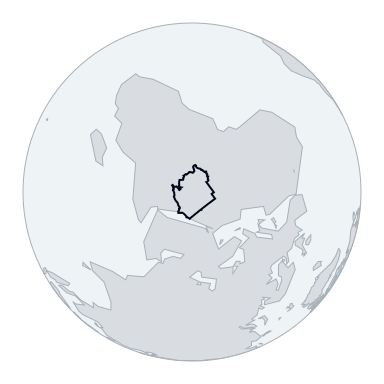 the Earth from above Sudan, rotated 142°
{"feature_id": "SDN", "entity_name": "Sudan", "entity_type": "country or territory", "adm_level": 0, "iso_a3": "SDN", "parent_name": "Africa", "parent_adm1": "", "projection": "orthographic", "projection_center": [30.131, 15.434], "detail": "fine", "context": "on_globe", "style": "outline", "palette": "ink", "viewbox_px": 384, "rotation_deg": 142, "n_neighbors": 0, "source": "natural_earth", "source_scale": "50m", "svg_char_len": 12882}
<svg xmlns="http://www.w3.org/2000/svg" viewBox="0 0 384 384"><g transform="rotate(142 192 192)"><circle cx="192" cy="192" r="169" fill="#eef3f6" stroke="#a8b0b8"/><path d="M145.1,29.7L143.9,30.0L143.2,30.3L139.4,31.5L142.2,30.8L145.8,29.7L148.2,29.2L148.2,29.4L143.3,30.8L142.6,30.9L141.1,31.4L138.7,32.1L139.8,31.9L133.9,33.8L139.6,32.4L134.7,34.3L130.9,35.5L131.5,34.8L126.3,36.4L145.1,29.7ZM104.2,47.6L102.7,48.6L100.1,50.2L104.2,47.6ZM93.0,55.0L92.6,55.4L94.7,53.9L100.2,50.3L102.7,49.0L109.1,45.2L111.1,44.4L117.5,41.2L116.1,42.6L111.4,45.8L106.0,48.7L103.8,50.4L108.7,48.6L98.4,55.6L91.2,63.4L88.6,65.4L83.9,66.7L84.6,63.5L78.6,67.2L82.1,66.0L75.5,71.9L74.3,73.6L74.4,74.2L76.8,72.5L74.5,75.0L70.1,76.7L72.1,74.4L73.5,73.7L73.8,72.5L70.8,74.6L67.7,77.9L66.8,78.5L79.3,66.1L93.0,55.0ZM26.2,159.5L26.1,160.2L25.7,161.9L24.1,177.2L25.4,186.7L25.6,194.8L25.2,198.5L26.3,201.4L26.3,204.3L33.3,215.4L39.1,226.2L40.4,236.1L38.5,244.6L43.7,266.4L42.2,269.2L46.5,277.7L48.5,281.3L42.3,270.2L36.8,258.8L32.2,247.0L28.6,234.8L25.8,222.5L24.0,209.9L23.1,197.3L23.2,184.6L24.2,172.0L26.2,159.5ZM117.7,40.8L117.6,41.0L116.5,41.5L117.7,40.8ZM120.7,39.3L119.5,39.7L120.7,39.1L121.4,38.9L120.7,39.3ZM121.8,39.1L123.0,38.0L125.1,37.0L129.6,35.4L121.8,39.1ZM147.0,29.3L143.1,30.5L146.4,29.4L147.0,29.3ZM164.8,25.3L164.4,25.4L160.2,26.2L156.6,26.8L159.2,26.5L148.5,28.8L151.7,27.9L164.8,25.3ZM149.5,28.9L150.3,28.5L155.3,27.4L154.5,28.0L153.1,28.1L149.5,28.9ZM171.0,24.3L172.7,24.2L164.9,25.3L165.9,25.1L171.0,24.3ZM152.0,28.5L154.0,28.4L151.6,29.2L149.0,29.2L152.0,28.5ZM156.9,26.9L159.2,26.5L157.7,26.9L156.9,26.9ZM144.1,32.7L145.0,31.9L147.7,31.2L144.1,32.7ZM154.9,28.3L155.7,28.0L156.9,27.7L157.7,27.8L154.9,28.3ZM165.8,25.3L165.3,25.5L169.1,24.8L169.6,25.0L164.3,25.8L166.9,25.5L167.0,25.6L162.5,26.2L165.8,25.3ZM162.0,27.2L155.4,28.8L153.1,30.1L150.7,30.7L154.8,28.5L162.0,27.2ZM162.7,26.5L161.7,27.0L159.1,27.4L158.2,27.2L162.7,26.5ZM172.0,24.9L172.4,24.4L173.6,24.3L172.0,24.9ZM161.8,27.5L163.4,27.1L162.0,27.5L161.8,27.5ZM169.4,25.5L169.4,25.3L170.7,25.2L169.4,25.5ZM166.6,26.8L164.4,27.2L163.8,27.0L166.6,26.8ZM168.3,26.1L170.1,26.0L164.8,26.7L168.1,26.0L168.3,26.1ZM170.6,25.4L171.4,25.3L170.4,25.6L170.6,25.4ZM170.4,27.3L163.9,28.3L162.4,27.8L168.9,26.9L170.4,27.3ZM268.5,41.4L272.6,43.6L286.2,52.3L285.0,51.0L288.0,53.0L306.1,67.4L320.8,83.4L325.5,88.6L328.6,92.7L330.6,95.9L326.2,90.0L324.5,88.7L321.7,85.2L323.5,89.2L319.6,84.4L322.8,90.3L326.1,93.7L326.0,91.6L330.5,99.4L335.7,105.3L340.8,113.9L347.4,132.0L347.2,139.4L348.2,142.5L345.8,140.1L346.1,147.4L353.4,162.4L354.5,167.4L353.4,179.1L352.7,175.5L346.4,169.2L347.8,181.7L352.7,189.5L354.5,200.6L351.8,198.6L349.7,189.0L347.4,186.4L346.2,175.7L340.8,161.4L338.0,165.9L336.5,159.7L328.6,148.9L323.6,155.2L316.8,175.1L318.8,191.3L315.2,199.6L303.6,178.5L298.3,163.6L294.2,166.0L282.2,154.8L261.7,157.3L258.8,153.5L254.9,156.0L246.5,152.9L241.9,146.7L236.8,147.7L249.0,163.9L254.4,163.0L258.9,155.7L261.3,161.8L269.4,166.3L260.6,182.6L230.1,199.1L227.1,187.0L203.7,154.9L204.4,151.2L204.3,150.8L204.0,150.1L201.9,156.2L197.9,149.9L210.4,172.4L212.5,182.3L229.6,199.8L228.0,201.8L233.6,205.3L251.2,199.1L251.3,203.2L243.0,222.8L218.6,249.5L221.8,265.9L220.1,279.7L204.9,289.3L206.3,299.4L198.5,303.2L198.1,308.8L191.8,314.7L181.4,320.1L163.5,319.8L162.3,314.9L153.3,304.9L140.7,279.6L145.1,268.1L143.4,258.8L130.5,237.0L133.4,225.4L129.9,220.1L122.8,220.8L118.9,214.4L114.6,213.9L88.0,214.9L80.1,205.8L71.0,179.8L75.9,170.9L77.1,159.7L111.3,126.3L118.2,129.3L144.7,126.6L147.9,128.2L144.5,136.6L164.0,148.0L170.8,141.0L188.9,147.0L201.2,146.7L206.2,130.7L186.1,130.8L183.0,123.1L199.4,116.3L217.0,117.0L216.4,114.1L205.6,107.8L209.9,102.5L201.8,105.3L204.9,108.2L199.9,110.2L196.8,107.8L198.5,105.8L193.3,104.6L186.7,114.9L189.1,118.9L175.2,120.8L177.8,127.9L173.9,131.2L168.0,120.5L168.8,116.6L157.5,105.4L155.4,109.5L165.9,120.6L162.5,119.7L159.7,126.1L159.1,120.5L148.2,108.1L135.9,110.0L119.6,125.2L112.6,126.0L106.9,122.2L113.4,106.2L128.5,106.4L131.0,101.5L128.5,94.1L133.3,95.0L134.1,92.3L139.8,92.3L148.4,86.2L154.4,85.8L158.2,77.9L161.8,76.9L158.5,81.7L159.4,85.2L174.1,85.3L177.1,83.6L178.5,78.7L182.4,79.7L181.8,75.0L190.5,73.4L179.3,71.7L180.6,66.7L186.1,63.1L184.5,61.4L175.5,67.3L173.8,70.1L175.4,72.8L168.8,81.1L163.6,82.4L163.0,73.2L155.5,74.3L158.3,67.4L180.9,54.4L190.1,52.3L204.3,58.5L201.9,61.3L195.6,60.3L200.9,65.5L200.7,63.0L203.9,64.1L206.0,60.2L208.4,60.8L206.2,56.4L209.4,56.7L210.7,59.6L216.4,55.0L223.1,55.1L223.2,53.9L221.5,52.5L231.1,54.0L230.8,53.1L227.5,52.1L224.7,49.7L223.6,46.3L227.0,47.0L227.8,48.3L234.8,52.6L236.7,56.4L237.9,56.5L237.2,53.3L228.6,48.1L227.0,45.9L231.4,47.9L229.7,47.0L229.9,46.1L233.3,46.1L228.6,43.8L226.6,35.5L233.1,35.2L237.3,37.6L239.5,34.3L246.6,35.3L243.5,34.3L242.5,32.7L240.3,32.3L238.7,31.8L235.1,28.9L236.9,29.2L233.9,28.3L245.8,31.8L257.3,36.2L268.5,41.4ZM99.3,144.1L98.2,147.4L99.3,144.1ZM235.7,126.3L246.3,126.3L241.5,116.8L245.1,116.1L242.2,113.3L241.1,116.1L233.8,108.5L238.3,105.5L237.0,101.5L233.4,101.4L226.3,108.3L236.7,118.9L234.3,123.1L235.7,126.3ZM26.1,160.2L25.7,162.6L25.8,161.9L26.1,160.2ZM75.8,71.8L76.1,71.7L75.7,72.8L74.7,73.3L75.8,71.8ZM80.7,73.1L76.8,77.2L78.9,74.4L76.9,75.5L78.7,71.4L87.4,66.3L83.1,69.1L80.7,73.1ZM83.6,65.1L81.4,67.9L83.5,65.1L83.6,65.1ZM132.9,78.7L134.7,80.5L132.2,83.4L124.7,85.2L128.2,80.8L132.9,78.7ZM137.8,82.4L139.2,73.5L143.9,72.5L141.0,74.5L144.0,74.7L140.2,78.1L143.3,86.3L141.3,89.6L128.5,90.3L133.8,88.0L131.7,86.2L137.8,82.4ZM134.5,57.1L135.2,54.5L144.6,55.5L142.9,57.9L135.3,59.5L132.8,57.6L134.5,57.1ZM129.5,37.0L129.2,36.8L130.5,36.3L131.9,36.1L129.5,37.0ZM144.3,32.3L132.4,37.8L131.4,37.7L125.6,41.6L120.8,43.1L124.7,40.3L116.6,44.7L118.2,42.9L113.0,46.0L122.2,39.8L123.3,38.7L123.9,39.3L128.4,37.9L130.6,37.0L137.8,33.8L142.4,31.3L147.5,30.0L149.9,29.7L149.6,30.1L146.4,30.7L148.3,30.8L143.4,32.1L144.3,32.3ZM175.4,34.0L171.7,33.5L174.8,36.0L169.9,36.4L170.5,36.7L166.8,37.9L163.5,40.0L161.3,40.0L160.9,40.9L158.5,41.8L157.2,43.1L152.9,43.6L151.0,45.3L150.0,44.7L148.0,47.5L147.6,45.7L144.3,47.1L146.5,48.1L126.1,50.3L117.9,53.3L111.2,57.2L111.4,54.2L117.7,48.9L126.8,43.7L134.7,41.4L133.4,40.8L136.8,39.6L136.4,40.6L139.0,38.4L141.6,37.8L149.8,34.6L151.8,32.3L154.8,31.3L155.3,31.9L158.0,30.5L161.1,31.1L163.3,30.5L168.6,30.7L168.4,32.6L170.9,31.8L175.0,32.2L175.4,34.0ZM171.7,27.4L172.6,29.1L170.3,30.3L162.1,29.5L159.6,30.0L154.2,30.1L157.6,28.5L158.9,28.5L160.8,28.3L159.0,28.9L162.0,28.2L163.7,28.4L166.5,28.0L166.0,28.6L171.7,27.4ZM151.9,125.2L154.4,125.6L158.5,125.4L156.8,129.7L151.9,125.2ZM144.3,116.8L146.6,116.3L146.2,121.8L143.6,121.5L144.3,116.8ZM148.2,111.7L146.8,115.9L146.0,113.4L148.2,111.7ZM160.7,81.2L163.3,80.7L163.4,81.8L161.8,83.6L160.7,81.2ZM183.3,43.4L181.6,42.5L182.4,42.1L181.8,39.4L185.4,39.1L187.2,40.7L183.3,43.4ZM202.6,133.4L198.9,136.6L197.1,135.1L198.8,134.3L202.6,133.4ZM176.6,133.2L182.4,135.3L176.1,134.4L176.6,133.2ZM187.1,42.7L186.4,41.6L188.7,42.2L187.1,42.7ZM188.0,38.9L190.6,39.3L185.7,38.8L188.0,38.9ZM262.0,337.4L262.4,338.5L260.1,339.0L262.0,337.4ZM248.7,275.5L236.7,299.7L228.8,300.4L227.6,293.7L232.1,279.3L241.4,274.5L246.0,267.5L248.7,275.5ZM358.8,219.1L358.6,220.2L358.9,218.3L358.9,218.0L358.8,219.1ZM358.7,219.1L355.8,223.2L354.2,222.8L355.0,219.6L357.6,217.6L358.7,219.1ZM354.9,219.7L351.8,214.4L344.6,195.2L347.3,194.3L354.2,204.3L353.8,206.9L355.7,211.6L354.9,219.7ZM360.6,199.0L360.1,206.5L359.0,208.2L358.2,208.1L357.8,199.5L358.0,194.5L358.8,193.7L359.5,174.7L360.2,177.4L360.5,185.0L360.9,190.3L360.6,199.0ZM319.6,192.7L323.4,201.4L321.1,203.7L319.6,192.7ZM358.1,162.5L358.9,170.6L357.6,160.4L358.1,162.5ZM356.3,153.4L357.1,156.7L356.3,153.9L356.3,153.4ZM349.7,147.1L349.0,148.8L348.2,146.4L348.6,142.9L349.7,147.1ZM344.7,121.4L347.7,128.2L348.7,130.6L346.9,126.9L344.7,121.4ZM216.8,42.2L213.7,45.9L213.9,49.1L217.7,51.4L211.0,50.0L210.7,45.1L216.8,42.2ZM225.1,36.1L221.7,34.5L224.0,34.5L225.1,34.9L225.1,36.1ZM222.5,35.6L216.8,35.1L215.4,33.8L220.2,34.4L222.5,35.6ZM202.0,38.0L200.8,39.0L199.0,38.4L202.0,38.0ZM360.5,204.1L360.7,201.0L361.0,191.8L360.9,189.9L361.0,191.3L360.5,204.1ZM359.5,169.8L359.5,170.2L359.5,169.5L359.5,169.8ZM358.3,161.9L358.4,162.8L358.0,160.8L358.3,161.9ZM358.1,161.0L357.3,157.1L358.1,161.0ZM356.5,153.5L356.0,152.6L352.2,139.9L352.1,138.8L355.1,148.5L356.4,153.0L356.5,153.5ZM333.0,98.9L331.4,96.5L328.9,93.0L333.0,98.9ZM286.4,51.9L285.9,51.5L282.9,49.6L283.1,49.7L286.4,51.9ZM237.5,31.6L235.6,30.9L236.8,30.9L237.5,31.6ZM230.9,29.1L230.9,29.5L229.4,28.7L230.9,29.1ZM231.1,30.7L230.2,29.5L233.1,31.2L231.1,30.7Z" fill="#d9dde1" stroke="#a8b0b8" stroke-width="1"/><path d="M203.5,209.5L202.9,209.5L202.9,209.4L202.9,209.2L202.9,208.7L203.1,208.4L203.1,208.2L203.1,207.9L203.1,207.7L203.0,207.4L202.9,207.3L201.6,206.3L201.4,206.0L200.7,205.8L200.7,205.7L200.8,205.5L200.8,205.4L200.5,203.3L200.5,203.2L200.7,202.6L200.7,202.2L200.8,201.7L200.8,201.4L199.5,201.4L199.5,201.5L199.4,201.6L199.5,201.7L199.5,201.8L199.5,202.0L197.6,202.1L198.4,202.9L198.4,203.0L198.4,203.3L198.4,203.8L198.4,204.1L198.4,204.3L198.6,204.7L198.6,204.8L197.2,206.0L197.0,206.6L196.8,206.9L196.7,206.9L196.4,207.3L195.2,208.6L194.4,208.7L194.0,208.7L193.9,208.7L193.9,208.8L193.0,208.1L191.6,207.2L191.5,207.3L190.7,207.6L190.5,207.8L190.5,208.2L190.3,208.4L190.1,208.7L189.4,208.8L189.1,208.9L188.7,209.1L188.5,209.3L188.2,209.6L188.2,209.8L188.3,210.0L185.9,209.9L185.5,209.1L185.2,209.2L183.1,209.1L182.8,209.1L182.2,209.4L181.9,209.4L181.6,209.3L180.5,208.0L180.3,207.8L180.2,207.8L180.0,207.5L179.8,207.4L179.7,207.3L179.7,207.1L179.7,206.9L179.6,206.7L179.4,206.6L178.0,206.9L177.7,206.9L177.4,206.9L177.3,207.0L177.2,207.1L177.2,207.3L177.2,207.5L177.0,207.9L176.6,208.3L176.5,208.5L176.5,209.0L176.4,209.3L176.2,209.5L176.1,210.1L175.8,210.6L175.8,211.0L175.7,211.1L175.0,211.2L174.8,211.4L174.6,211.6L174.3,211.6L173.9,211.5L173.2,211.4L172.8,211.2L172.9,210.8L172.8,210.7L172.7,210.7L172.6,210.3L173.0,209.9L173.1,209.6L173.2,208.8L173.2,208.6L173.2,208.2L172.9,207.6L172.7,207.2L172.3,206.5L172.1,206.3L171.3,205.4L171.2,205.3L171.0,204.9L171.1,204.6L171.2,204.2L171.3,203.9L171.2,203.7L170.8,203.5L170.7,203.4L170.4,203.2L170.2,202.7L170.3,201.8L170.2,201.6L170.0,201.3L169.9,200.8L169.8,200.4L169.9,200.1L169.7,199.8L169.4,199.6L169.0,199.6L168.7,199.7L168.3,199.6L168.2,199.5L168.2,199.3L168.3,199.1L168.5,198.7L168.7,198.4L169.2,198.1L169.3,198.0L169.4,197.8L169.4,197.6L169.4,197.4L169.3,197.2L169.2,196.9L169.1,196.6L169.1,196.4L169.2,196.2L169.3,196.1L169.6,195.9L169.8,195.7L170.3,195.5L170.4,195.4L170.3,195.2L170.2,195.1L170.1,194.8L170.1,194.5L170.0,194.3L169.9,194.2L170.1,194.1L170.4,193.9L170.7,193.8L170.8,193.7L170.8,193.4L170.9,193.2L171.1,192.9L171.4,192.6L171.6,192.5L171.7,192.2L171.6,191.4L171.8,191.1L172.1,190.9L172.5,190.9L173.1,190.9L173.5,190.8L173.8,190.8L174.5,191.0L174.5,190.9L174.6,190.7L174.6,190.3L174.6,189.0L174.7,187.7L174.7,186.4L174.8,185.0L174.8,183.7L174.8,182.4L174.9,181.1L174.9,179.8L174.9,179.4L175.0,179.1L175.0,178.7L175.0,178.3L175.7,178.3L176.3,178.4L177.0,178.4L177.7,178.4L177.8,176.9L177.8,175.4L177.9,174.0L177.9,172.5L179.0,172.5L180.0,172.6L181.1,172.6L182.1,172.6L183.1,172.6L184.2,172.6L185.2,172.7L186.3,172.7L187.3,172.7L188.4,172.7L189.4,172.7L190.5,172.7L191.5,172.7L192.5,172.7L193.6,172.7L194.6,172.7L194.9,172.7L195.1,172.7L195.4,172.1L195.5,172.1L195.6,172.4L195.6,172.7L196.1,172.7L197.0,172.7L197.9,172.7L198.8,172.7L199.7,172.6L200.6,172.6L201.5,172.6L202.3,172.6L203.2,172.6L204.1,172.6L205.0,172.5L205.9,172.5L206.8,172.5L207.7,172.5L208.6,172.5L209.5,172.4L210.4,172.4L210.4,173.1L210.6,173.6L211.0,174.3L211.4,174.7L211.6,175.0L211.3,175.0L211.3,175.4L211.3,175.6L211.4,176.1L211.5,176.6L211.5,177.1L211.5,177.9L211.7,178.8L211.7,179.5L212.1,180.9L212.4,181.7L212.6,181.9L212.8,182.0L213.2,182.0L213.7,182.4L214.2,182.8L214.3,183.0L214.5,183.3L214.7,183.2L214.9,183.4L215.6,183.8L215.7,184.0L215.2,184.5L215.1,184.8L214.9,185.1L214.7,185.3L214.3,185.4L214.1,185.4L213.9,185.5L213.7,185.6L213.3,185.8L213.1,185.9L212.9,186.0L212.7,186.2L212.6,186.7L212.5,186.9L212.3,186.9L212.0,186.9L211.8,186.9L211.5,186.9L211.3,186.9L211.3,187.0L211.3,187.5L211.2,187.9L211.0,188.2L211.1,188.7L211.2,189.2L210.9,189.9L210.9,190.1L210.7,190.6L210.5,190.9L210.3,191.9L210.1,192.3L209.9,192.6L210.0,193.2L210.0,193.8L210.1,194.4L210.2,195.2L210.0,196.0L210.0,196.4L209.9,197.1L209.8,197.4L209.7,197.5L209.4,198.1L209.3,198.7L209.2,199.2L209.2,199.5L208.8,199.8L208.3,199.9L208.1,200.0L207.9,200.1L207.7,200.3L207.3,201.0L207.1,201.5L206.8,202.1L206.4,202.5L206.2,203.1L206.1,203.7L206.0,204.1L206.0,204.4L205.9,205.0L205.9,205.3L205.7,205.5L205.4,205.7L205.1,205.5L204.9,205.3L204.7,205.4L204.4,205.6L204.2,205.9L204.0,206.3L204.1,207.1L204.1,207.3L204.1,207.5L203.8,208.1L203.7,208.3L203.6,208.7L203.5,209.3L203.5,209.5Z" fill="none" stroke="#020617" stroke-width="2"/></g></svg>